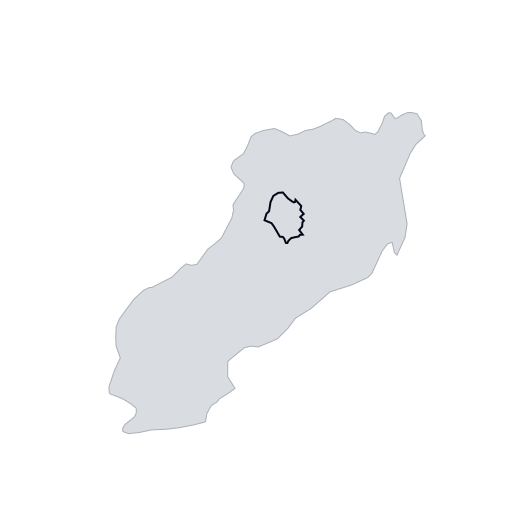 Gramsh, Elbasan, Albania shown in context, rotated 230°
{"feature_id": "67620474B60363170083379", "entity_name": "Gramsh", "entity_type": "district", "adm_level": 2, "iso_a3": "ALB", "parent_name": "Albania", "parent_adm1": "Elbasan", "projection": "mercator", "projection_center": [20.218, 40.831], "detail": "fine", "context": "in_parent", "style": "outline", "palette": "ink", "viewbox_px": 512, "rotation_deg": 230, "n_neighbors": 0, "source": "geoboundaries", "source_scale": "gbopen_adm2", "svg_char_len": 2007}
<svg xmlns="http://www.w3.org/2000/svg" viewBox="0 0 512 512"><g transform="rotate(230 256 256)"><path d="M168.2,154.9L168.5,147.6L170.2,136.2L169.2,132.4L170.2,125.8L166.9,117.1L161.5,110.7L166.7,99.6L174.3,86.0L181.4,75.3L190.0,64.1L195.7,53.3L201.9,44.1L207.1,41.2L209.8,43.2L211.2,47.2L210.9,59.2L212.7,63.4L216.3,66.4L224.0,64.9L232.6,61.9L244.1,55.6L246.1,56.0L250.3,59.3L259.2,73.8L265.1,86.5L276.8,90.9L283.3,95.8L291.6,103.3L295.6,110.9L301.3,134.0L302.0,147.8L300.3,154.2L298.9,155.8L293.7,178.4L295.0,189.9L294.9,197.4L290.5,200.4L287.6,205.2L292.3,223.9L291.8,231.8L292.0,241.0L300.5,261.7L305.5,268.2L310.0,271.2L315.8,290.3L319.2,293.6L333.1,291.8L340.0,293.9L342.7,298.4L343.3,301.5L342.4,312.1L345.8,320.3L350.5,328.8L350.5,333.9L347.4,342.3L341.8,352.1L334.4,355.9L326.2,359.1L322.3,366.7L320.3,374.7L316.7,380.7L314.4,387.3L311.0,400.6L310.2,405.5L304.6,410.4L296.1,412.4L288.4,412.8L283.2,415.1L280.6,419.6L275.7,423.3L272.8,425.0L272.8,429.0L276.3,437.5L280.4,444.3L280.5,449.8L278.5,451.4L272.2,450.7L270.9,452.7L270.2,458.8L268.5,464.1L266.0,467.3L261.5,470.8L253.3,469.6L245.6,464.4L241.6,462.8L239.3,462.9L238.7,450.1L235.4,440.0L223.2,415.9L183.5,392.4L174.2,381.8L170.1,372.9L166.0,364.5L169.9,364.3L173.8,366.4L178.8,369.0L180.8,364.7L178.6,355.5L168.4,334.0L167.6,328.0L172.6,309.9L181.0,289.6L180.4,264.9L183.0,246.2L180.1,234.0L178.8,219.1L184.9,199.2L190.1,194.3L193.3,188.0L193.5,166.7L181.7,156.7L168.2,154.9Z" fill="#d9dde1" stroke="#a8b0b8" stroke-width="1"/><path d="M244.9,298.8L243.5,301.2L244.0,303.2L242.3,305.5L248.2,305.8L248.9,310.3L251.9,313.2L252.3,315.4L257.4,315.0L257.6,317.6L257.6,319.6L262.9,319.6L263.8,321.0L265.2,322.8L273.7,322.4L272.3,320.7L272.8,319.4L275.3,318.5L277.2,318.1L279.5,317.5L287.4,317.4L290.1,313.6L290.9,307.9L288.0,301.8L281.9,294.8L281.7,291.3L277.9,285.5L271.2,289.0L267.1,288.7L255.5,286.7L253.4,288.8L251.2,288.8L246.8,287.3L245.8,288.4L246.8,290.6L247.1,294.5L244.9,298.8Z" fill="none" stroke="#020617" stroke-width="2"/></g></svg>